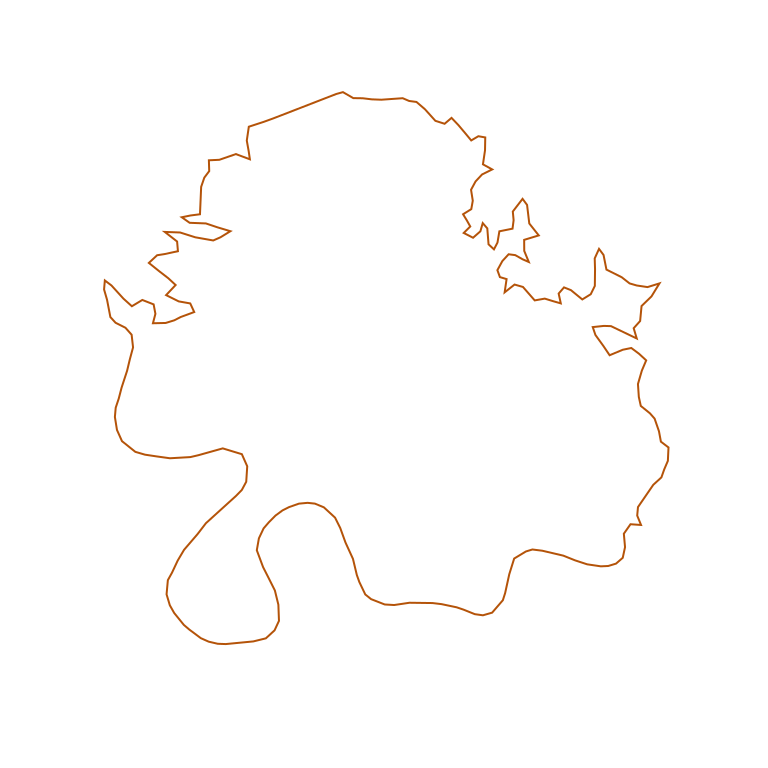 Nova Prata do Iguaçu, Paraná, Brazil, rotated 190°
{"feature_id": "56859067B9009825137056", "entity_name": "Nova Prata do Iguaçu", "entity_type": "district", "adm_level": 2, "iso_a3": "BRA", "parent_name": "Brazil", "parent_adm1": "Paraná", "projection": "orthographic", "projection_center": [-53.379, -25.587], "detail": "fine", "context": "isolated", "style": "outline", "palette": "amber", "viewbox_px": 768, "rotation_deg": 190, "n_neighbors": 0, "source": "geoboundaries", "source_scale": "gbopen_adm2", "svg_char_len": 3208}
<svg xmlns="http://www.w3.org/2000/svg" viewBox="0 0 768 768"><g transform="rotate(190 384 384)"><path d="M665.1,402.4L659.0,397.7L648.4,394.5L641.1,388.7L637.5,376.5L638.6,364.0L639.3,352.4L641.8,334.8L642.7,323.5L644.1,314.1L643.3,304.8L639.0,292.4L632.1,282.2L617.1,274.0L607.1,272.9L595.5,273.2L581.9,273.7L562.0,278.4L554.3,281.7L531.6,292.6L511.8,290.2L504.4,279.2L502.7,263.8L505.6,255.0L510.3,248.1L535.2,216.0L541.5,203.9L552.1,186.0L556.5,174.3L560.0,161.4L562.8,153.3L561.6,139.1L556.5,128.9L550.9,122.1L539.3,112.0L533.0,108.3L520.3,101.9L511.9,99.8L502.6,99.3L494.7,100.4L468.0,107.8L456.2,113.0L449.0,122.4L446.3,132.5L449.7,148.3L455.6,161.7L464.6,173.8L471.3,182.7L480.4,198.2L480.4,210.3L477.5,220.9L473.4,227.8L468.0,235.6L462.0,241.9L456.1,246.3L447.0,251.4L438.6,253.7L431.3,254.2L421.8,252.1L409.0,243.9L402.1,234.6L394.4,221.2L384.2,206.4L377.6,191.2L373.9,184.7L365.9,173.5L359.4,169.9L345.0,167.0L335.6,168.1L320.9,173.0L298.2,176.7L289.1,177.2L273.7,176.7L266.5,175.6L254.6,173.1L246.4,173.4L237.8,177.6L229.4,191.7L228.4,199.1L227.6,218.4L225.5,234.7L215.2,243.7L209.1,246.8L199.1,247.3L177.6,246.1L165.2,243.5L152.6,241.7L138.8,242.1L131.6,243.7L124.3,247.4L118.7,254.3L118.3,265.2L121.8,278.2L116.9,288.7L106.4,289.8L111.8,298.4L112.5,306.9L101.3,331.5L94.6,340.2L93.2,348.6L91.1,357.6L92.8,370.9L101.3,375.3L105.0,385.2L111.5,396.9L117.0,401.3L127.3,407.0L130.8,415.5L133.9,428.1L132.4,441.9L129.9,452.8L138.0,458.0L146.7,462.4L154.8,459.2L166.8,451.5L174.5,459.5L184.3,469.0L188.3,476.3L177.5,479.4L170.5,480.4L159.8,477.4L143.0,472.7L147.8,482.3L142.7,490.5L143.9,505.5L135.8,516.7L130.2,530.9L141.3,525.2L152.2,524.9L159.6,525.7L168.4,530.4L184.8,535.3L190.2,549.2L195.7,554.4L198.3,544.3L196.1,533.7L193.4,517.2L196.0,508.3L203.4,501.7L216.2,508.9L223.5,510.4L227.7,503.4L223.9,494.1L231.6,494.9L240.5,496.0L250.1,492.5L264.0,503.7L272.7,504.6L281.1,495.2L281.5,508.6L288.4,509.4L292.1,515.8L288.8,525.6L283.8,533.4L277.1,533.7L269.2,530.9L262.6,529.3L269.0,539.4L271.0,550.3L257.4,557.2L268.8,567.3L274.2,585.2L279.7,590.4L287.1,576.2L284.8,567.8L284.4,559.3L296.9,554.4L296.8,543.0L299.1,535.7L305.3,539.7L309.3,555.2L314.7,559.6L315.6,551.1L321.7,543.5L331.7,546.6L326.4,554.1L330.9,559.6L335.6,564.9L328.4,571.4L328.4,579.9L332.0,590.4L329.0,599.4L323.8,607.4L314.7,614.1L324.7,617.5L325.1,631.7L327.1,644.4L334.1,644.4L340.4,639.0L345.8,643.6L355.7,651.9L363.7,657.8L369.5,650.8L379.1,652.1L391.4,661.7L401.0,667.4L408.4,667.1L415.2,668.7L436.0,663.5L445.5,662.2L454.6,661.7L463.9,660.2L475.1,664.3L481.4,661.3L539.4,626.2L548.1,621.2L561.8,613.9L561.4,599.9L557.7,589.8L555.1,582.0L569.8,584.7L585.1,576.2L595.3,573.9L593.1,563.3L596.8,556.0L598.3,546.4L594.7,519.2L603.7,516.4L612.1,513.1L603.4,509.0L587.3,511.2L575.4,509.4L561.8,507.8L570.5,500.1L577.1,495.7L595.3,495.7L611.1,497.8L626.3,495.7L612.5,488.4L610.0,479.0L622.5,473.9L629.8,471.4L636.6,462.4L624.7,455.9L614.8,450.7L606.4,445.3L614.0,433.7L600.5,429.7L588.8,429.7L583.4,421.9L595.8,414.7L601.6,410.3L609.6,406.2L622.1,403.7L621.3,413.4L624.7,422.4L636.6,424.8L645.8,416.8L655.4,422.8L669.5,433.7L676.9,437.5L676.1,428.5L671.4,418.9L665.1,402.4Z" fill="none" stroke="#b45309" stroke-width="2"/></g></svg>